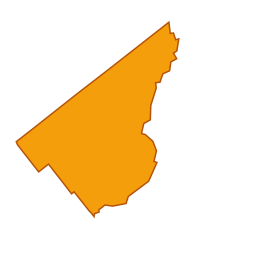 Scott, Minnesota, United States of America (Albers equal-area conic projection), rotated 142°
{"feature_id": "52423323B60044355974523", "entity_name": "Scott", "entity_type": "district", "adm_level": 2, "iso_a3": "USA", "parent_name": "United States of America", "parent_adm1": "Minnesota", "projection": "albers", "projection_center": [-93.571, 44.678], "detail": "fine", "context": "isolated", "style": "filled", "palette": "amber", "viewbox_px": 256, "rotation_deg": 142, "n_neighbors": 0, "source": "geoboundaries", "source_scale": "gbopen_adm2", "svg_char_len": 740}
<svg xmlns="http://www.w3.org/2000/svg" viewBox="0 0 256 256"><g transform="rotate(142 128 128)"><path d="M149.6,186.3L201.0,186.0L224.5,186.0L225.4,182.8L225.4,148.4L212.9,148.5L212.9,126.6L213.0,110.9L209.8,110.9L209.7,98.4L209.6,85.9L209.3,84.6L209.3,79.1L207.2,81.1L202.5,79.6L201.4,81.5L193.6,81.5L188.2,75.9L176.0,69.7L169.9,73.9L150.8,73.5L144.4,73.4L126.4,83.0L128.1,85.7L119.6,92.5L116.6,102.2L118.1,110.6L118.4,112.2L120.8,115.3L112.8,121.8L105.4,120.7L96.1,131.8L81.0,142.2L78.4,146.7L74.6,144.4L67.2,149.2L60.0,147.5L53.5,153.7L47.0,152.6L46.1,159.0L42.0,158.7L33.1,167.0L36.1,168.2L33.7,174.9L36.5,176.5L30.6,186.2L111.8,186.1L126.9,186.2L141.1,186.3L149.6,186.3Z" fill="#f59e0b" stroke="#b45309" stroke-width="1.5"/></g></svg>